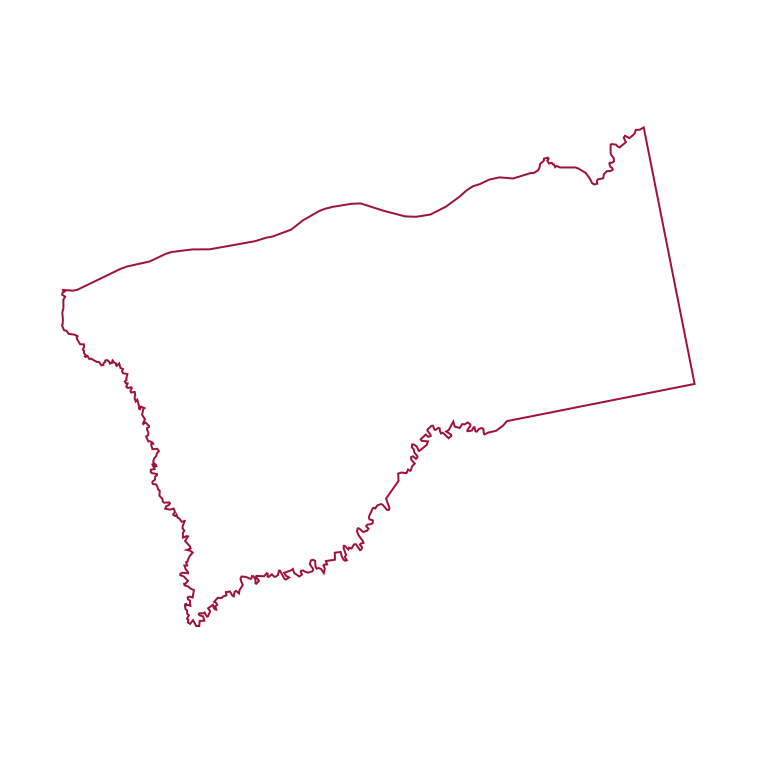 Chong Kal, Otdar Mean Chey, Cambodia, rotated 349°
{"feature_id": "14789045B71050789066686", "entity_name": "Chong Kal", "entity_type": "district", "adm_level": 2, "iso_a3": "KHM", "parent_name": "Cambodia", "parent_adm1": "Otdar Mean Chey", "projection": "natural_earth1", "projection_center": [103.539, 14.003], "detail": "fine", "context": "isolated", "style": "outline", "palette": "rose", "viewbox_px": 768, "rotation_deg": 349, "n_neighbors": 0, "source": "geoboundaries", "source_scale": "gbopen_adm2", "svg_char_len": 6136}
<svg xmlns="http://www.w3.org/2000/svg" viewBox="0 0 768 768"><g transform="rotate(349 384 384)"><path d="M147.9,582.5L151.5,579.4L153.5,585.7L156.4,586.3L157.9,581.4L162.4,582.1L162.1,577.6L158.7,575.8L158.2,574.8L159.1,573.8L163.1,574.7L164.3,574.1L165.8,578.6L167.0,578.4L170.0,573.8L168.5,570.6L173.9,568.1L174.1,571.0L175.2,573.1L176.3,573.5L175.9,570.0L178.1,569.0L177.5,566.8L175.7,565.4L180.0,562.2L183.8,563.1L185.6,561.8L189.0,561.4L189.1,558.1L193.2,558.3L194.7,562.5L195.9,563.8L197.7,559.6L199.2,558.8L201.7,561.9L202.7,558.9L207.1,554.2L206.0,550.0L206.1,547.3L207.4,545.8L211.6,547.0L215.5,549.7L216.6,549.8L217.7,547.4L219.1,547.7L220.5,551.5L219.8,555.2L220.6,555.7L223.7,553.4L221.6,548.9L222.2,548.0L229.6,549.9L232.7,547.4L233.6,548.1L233.0,550.7L234.0,551.4L237.6,549.4L239.3,552.1L240.8,552.5L243.5,551.2L245.2,547.1L246.3,547.5L248.7,555.0L249.5,556.8L250.6,557.2L253.9,555.8L251.2,553.5L249.9,550.3L257.7,549.1L259.2,548.2L259.8,552.4L264.1,556.8L267.1,555.4L266.4,552.4L266.9,551.5L269.1,551.7L270.9,553.5L273.8,554.7L277.9,554.2L279.2,552.4L276.8,546.6L278.6,543.2L280.9,543.0L282.6,544.5L281.9,550.4L282.7,552.4L284.7,552.2L286.9,553.5L288.8,558.1L290.7,553.7L289.9,550.5L290.9,549.9L293.7,550.2L293.2,546.7L302.3,547.1L303.5,540.2L309.3,540.6L309.7,545.3L310.9,549.0L312.3,550.1L313.9,549.9L312.6,546.5L314.1,544.3L313.0,537.4L313.7,535.2L314.6,535.3L317.4,539.7L318.6,537.9L320.7,539.3L324.0,535.7L325.9,535.9L328.7,542.5L330.2,542.2L331.3,540.0L329.7,537.1L330.7,536.2L333.5,536.1L333.5,534.8L330.1,527.3L329.4,523.5L330.2,521.4L331.0,520.6L332.2,521.3L335.3,525.3L339.5,524.7L341.2,523.1L339.4,520.2L339.9,519.4L341.2,518.8L344.6,519.1L346.5,518.2L347.0,515.7L343.9,514.1L343.8,511.7L344.7,510.2L349.4,503.7L350.9,503.7L351.6,504.5L354.5,501.8L358.2,501.3L359.7,502.4L362.9,508.1L364.6,508.6L365.5,507.6L365.6,505.8L364.1,497.0L379.8,481.8L380.8,474.7L384.0,474.2L389.0,475.8L391.3,472.6L393.0,474.2L393.8,473.9L396.0,470.1L399.0,468.0L396.7,464.3L396.3,462.2L396.9,460.7L398.7,460.5L401.1,463.6L402.7,462.5L403.0,461.2L400.7,457.1L400.7,453.6L399.2,451.2L400.1,448.7L401.5,448.9L404.3,451.7L405.2,456.1L405.8,456.5L414.3,452.0L416.2,448.7L410.1,447.0L409.4,445.3L415.4,441.6L417.3,444.3L419.9,443.9L420.0,442.5L417.7,438.1L418.1,436.9L422.5,434.2L424.0,434.3L424.9,438.5L425.9,438.9L429.0,437.4L430.2,438.2L429.9,441.1L430.6,443.5L432.1,443.0L432.9,443.6L437.0,449.5L440.0,448.0L440.3,446.5L436.0,442.5L438.8,441.5L444.8,434.1L445.4,439.4L449.9,441.6L453.1,438.3L455.4,439.1L458.8,437.7L461.0,440.1L461.0,441.3L457.1,445.1L456.9,446.1L457.8,446.5L461.4,446.4L463.7,443.6L464.6,443.7L464.8,447.8L465.9,448.5L468.6,446.2L471.6,445.9L473.0,447.1L472.6,452.0L473.2,452.7L476.9,451.6L485.1,451.3L493.0,447.5L497.6,443.9L688.9,443.2L687.9,181.7L683.5,183.2L679.7,182.6L677.7,186.1L671.9,189.5L667.9,186.3L666.3,188.1L667.6,192.8L660.5,196.7L658.7,195.5L657.6,193.4L653.0,191.9L652.1,192.3L650.6,200.2L650.8,202.6L652.5,205.8L652.3,209.2L650.5,210.2L647.6,210.0L647.3,210.8L647.6,213.8L649.4,215.9L649.4,217.3L646.9,218.2L643.4,217.6L639.9,220.0L638.5,223.8L632.8,224.0L631.7,225.4L631.6,228.0L629.8,228.2L628.5,228.3L626.5,226.3L625.3,221.8L622.2,215.2L615.8,209.5L613.3,208.0L598.0,205.0L595.1,202.9L593.4,203.8L592.7,201.0L592.0,201.0L590.9,198.9L587.9,199.0L587.0,195.8L588.6,194.2L588.1,193.1L583.9,193.4L583.5,195.3L579.2,197.8L577.8,201.5L575.9,203.7L571.5,205.4L568.2,204.9L549.9,206.9L536.8,203.2L526.5,203.4L516.1,206.1L509.2,206.8L501.8,209.8L494.1,214.4L478.7,221.7L461.8,226.5L447.5,226.0L436.7,223.5L415.9,213.5L395.6,202.3L386.6,200.9L367.5,200.3L358.8,200.8L353.2,201.9L335.6,207.9L322.4,214.7L302.6,218.0L296.2,217.9L284.5,219.2L238.3,218.5L221.6,215.3L200.4,213.9L194.1,214.7L177.4,219.0L154.1,219.6L147.3,220.7L100.5,233.1L96.4,233.0L86.0,230.2L88.2,232.2L85.8,233.1L85.1,234.9L87.6,237.4L85.3,240.1L83.8,248.3L81.9,252.4L81.0,259.9L79.8,264.4L79.1,264.9L80.1,269.9L82.6,271.4L84.0,274.6L89.8,276.6L92.3,278.6L91.3,279.4L91.4,281.8L93.3,287.0L96.9,287.8L96.6,290.5L94.9,292.8L95.9,294.1L95.4,296.3L96.8,299.0L95.6,299.9L96.2,300.5L98.2,299.8L99.6,303.4L101.3,303.2L106.1,307.4L108.6,308.2L110.1,311.8L112.1,311.8L112.7,310.0L114.5,309.2L114.8,307.8L116.8,307.7L118.7,309.9L118.8,311.7L122.0,311.2L121.5,309.9L122.1,309.1L123.4,311.7L125.0,312.8L124.6,314.3L125.2,315.3L128.0,313.3L128.3,317.9L130.7,319.5L129.2,321.6L129.9,323.6L134.0,325.4L132.0,329.7L132.1,330.9L130.0,332.1L130.7,334.0L132.4,334.5L130.5,337.5L131.9,339.1L135.0,338.9L135.7,339.8L134.1,341.9L133.7,343.0L134.2,344.1L137.8,344.2L137.8,346.8L136.5,350.0L136.9,353.7L138.8,352.3L139.3,359.3L138.7,361.4L139.6,362.2L141.2,359.9L144.2,362.0L142.8,362.8L140.7,368.1L142.6,373.0L139.9,376.6L140.0,377.4L142.6,376.3L145.3,380.2L145.1,381.4L143.1,382.0L142.7,383.3L143.4,386.7L142.8,389.1L140.5,390.1L141.7,395.4L143.1,395.4L145.8,397.5L146.1,398.6L144.1,398.5L143.8,399.6L144.3,403.8L149.0,404.3L150.2,407.0L147.9,408.5L146.8,411.2L144.1,413.2L142.8,415.7L142.7,417.4L144.6,419.6L144.9,421.3L143.6,421.4L142.1,418.7L141.3,418.8L142.5,423.8L138.7,423.7L138.3,426.1L139.2,427.2L143.9,429.0L143.7,430.2L141.7,431.2L140.8,434.3L138.2,435.6L137.7,437.0L138.2,438.2L141.0,439.0L141.6,440.2L142.2,444.3L143.5,446.1L142.2,450.8L144.5,454.3L144.5,457.3L145.3,458.5L150.7,459.3L151.1,460.4L149.8,461.7L146.6,462.7L145.5,464.7L149.9,466.5L153.7,466.1L154.5,470.2L152.3,471.4L152.3,472.6L154.2,473.8L155.4,472.7L155.9,475.8L157.3,476.8L159.1,480.6L162.1,480.5L159.2,485.3L158.7,487.2L160.0,490.0L158.2,491.7L157.3,496.4L161.5,495.7L162.5,496.2L158.8,500.2L162.5,506.3L162.8,508.5L158.7,509.3L162.0,510.7L164.0,513.0L160.4,515.9L157.6,519.5L157.4,520.7L155.7,521.2L156.2,524.6L153.4,524.1L154.1,528.2L155.7,531.2L155.4,532.4L150.2,530.8L148.0,531.4L147.5,532.7L150.8,534.8L154.0,539.8L151.0,542.1L149.7,541.9L149.8,543.6L153.4,545.6L154.9,547.8L158.1,550.1L155.4,557.1L152.6,555.6L150.5,556.1L150.5,558.1L152.1,559.4L151.6,564.8L149.4,563.4L147.4,563.5L147.7,562.1L146.9,562.2L146.3,563.7L146.2,567.1L147.5,568.8L147.0,571.9L148.3,573.8L145.8,576.8L147.0,578.2L145.9,580.6L147.9,582.5Z" fill="none" stroke="#9f1239" stroke-width="2"/></g></svg>